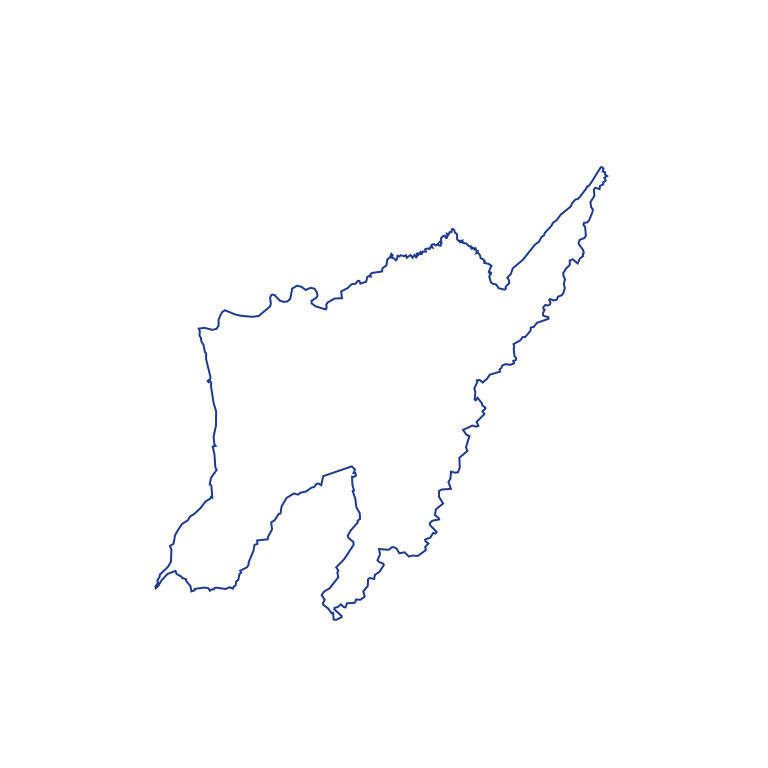 Na Yai Am, Chanthaburi, Thailand (Mercator projection), rotated 52°
{"feature_id": "78962969B31255089270993", "entity_name": "Na Yai Am", "entity_type": "district", "adm_level": 2, "iso_a3": "THA", "parent_name": "Thailand", "parent_adm1": "Chanthaburi", "projection": "mercator", "projection_center": [101.878, 12.754], "detail": "fine", "context": "isolated", "style": "outline", "palette": "blue", "viewbox_px": 768, "rotation_deg": 52, "n_neighbors": 0, "source": "geoboundaries", "source_scale": "gbopen_adm2", "svg_char_len": 6149}
<svg xmlns="http://www.w3.org/2000/svg" viewBox="0 0 768 768"><g transform="rotate(52 384 384)"><path d="M305.6,233.8L303.8,234.9L305.9,237.5L304.7,238.8L306.0,241.2L304.4,241.9L306.5,242.9L307.5,244.6L306.8,245.4L304.5,244.7L303.8,246.3L304.3,249.4L306.3,250.6L306.4,252.6L308.2,251.8L309.8,254.4L308.3,255.5L306.8,255.0L306.7,257.9L304.7,258.4L303.7,260.1L303.9,261.3L306.3,261.8L304.7,262.9L305.6,265.1L304.1,266.1L303.2,268.6L305.5,269.4L303.6,271.7L304.8,274.4L304.3,274.9L303.7,273.6L302.4,273.7L303.5,277.3L303.0,277.7L302.2,276.6L301.5,277.5L301.7,278.4L303.7,279.3L304.0,280.7L301.1,280.7L302.1,283.7L298.7,283.6L298.5,288.3L296.0,287.5L295.6,289.5L292.8,291.6L292.9,293.4L291.3,294.4L293.7,297.0L293.7,298.6L291.0,298.8L288.9,300.4L288.0,298.0L286.0,298.1L287.8,301.2L287.9,304.7L292.0,309.1L291.9,314.0L294.1,316.3L289.1,325.1L289.2,327.4L291.2,328.3L289.6,329.7L289.4,331.2L292.4,335.1L290.4,340.8L287.6,340.0L286.6,341.1L287.4,344.8L285.4,348.2L286.0,353.6L284.7,360.8L290.5,364.3L286.2,370.3L285.1,378.5L286.0,380.7L288.7,382.4L289.4,384.0L280.6,390.1L275.9,391.4L273.8,389.8L274.4,384.6L273.6,382.1L270.1,380.4L266.1,380.1L263.0,382.6L261.7,387.8L256.6,389.2L253.0,392.0L252.3,397.6L259.2,405.5L259.4,409.6L257.5,412.5L254.4,414.7L246.5,415.5L244.9,416.7L244.6,418.2L246.0,420.8L250.7,423.4L252.7,425.8L253.3,440.9L249.8,446.6L242.2,454.7L237.5,458.5L228.0,463.9L227.7,467.2L229.4,471.2L231.7,475.0L236.2,478.4L237.4,481.9L235.8,485.8L229.1,491.0L226.3,495.9L229.1,496.7L232.3,499.6L234.9,499.9L238.3,501.8L241.9,502.1L248.8,505.5L250.6,505.4L254.7,508.8L271.5,516.4L273.1,517.7L273.0,521.0L274.6,521.2L274.9,519.3L276.8,519.4L278.9,521.5L294.1,530.0L302.2,533.1L313.4,542.1L320.8,550.9L327.2,554.8L329.1,554.8L327.8,557.5L335.0,560.9L345.8,568.2L348.7,568.8L351.4,578.0L355.7,583.1L357.7,582.6L367.8,589.2L366.4,589.8L367.4,591.3L366.7,597.0L368.8,605.0L369.6,614.0L369.0,618.1L370.6,622.5L370.0,629.3L372.0,635.5L374.5,641.7L380.3,648.2L379.8,652.4L383.6,653.5L392.8,661.2L395.1,666.8L396.2,678.0L397.7,679.4L399.3,683.6L401.5,684.3L402.9,688.9L404.4,689.6L404.2,686.4L401.7,679.9L400.4,671.6L402.9,663.4L406.1,664.4L411.1,662.2L412.7,662.5L415.9,660.2L417.8,661.2L423.9,660.9L428.9,663.4L430.0,660.3L428.9,659.4L433.9,650.8L436.5,648.3L439.8,648.4L439.5,647.0L441.0,644.4L440.4,643.0L441.2,641.6L448.0,635.0L449.1,630.8L452.2,629.1L451.3,627.5L451.4,625.1L448.6,621.9L448.7,619.5L444.9,615.1L444.7,612.6L442.6,612.3L444.1,604.7L443.0,601.9L441.2,600.4L434.9,589.3L431.0,585.1L432.1,582.2L429.2,580.3L434.8,571.2L433.0,569.4L429.6,561.7L423.6,558.1L424.0,553.9L421.6,547.1L422.3,545.2L417.3,540.0L413.8,530.8L414.8,522.4L418.2,519.9L418.3,516.7L420.7,511.7L421.0,505.1L422.2,502.2L421.1,498.9L422.0,497.0L425.1,495.8L419.2,488.7L429.0,460.2L433.6,459.5L435.4,462.8L436.5,461.4L439.0,462.6L438.8,464.6L437.3,466.2L444.1,471.0L449.5,473.2L449.1,474.6L456.8,477.3L464.0,481.6L470.9,482.7L475.6,486.0L475.5,488.8L477.1,490.3L478.8,500.2L481.3,506.1L483.6,506.7L489.6,505.4L492.0,506.9L497.5,523.2L499.1,534.6L503.0,534.9L503.9,536.9L508.1,538.9L511.5,552.5L510.7,558.8L511.9,563.1L517.6,563.6L519.0,566.9L520.7,567.8L526.4,566.2L532.3,566.5L533.0,565.0L538.6,568.7L540.5,566.7L541.7,560.8L540.5,560.2L531.0,561.9L530.0,560.7L531.3,557.7L531.1,553.6L534.7,553.2L536.3,551.9L534.0,548.1L538.0,542.6L538.2,540.7L536.6,538.9L539.5,535.3L539.7,530.1L534.6,528.0L533.3,521.3L528.1,516.8L528.1,514.6L531.6,511.8L528.8,508.7L529.2,502.9L526.5,495.5L525.0,495.3L521.4,497.4L518.9,497.7L515.8,492.0L511.0,489.5L517.6,482.3L517.5,478.3L518.5,476.8L521.4,475.5L526.8,476.1L529.4,471.3L535.2,470.7L536.7,467.2L540.3,463.2L540.7,453.4L537.7,451.8L537.1,447.2L533.4,448.1L531.9,447.3L533.6,442.0L531.6,437.0L533.6,435.6L533.1,433.6L524.0,434.6L521.9,433.8L521.5,430.1L524.7,423.9L523.2,423.4L518.7,424.5L514.7,420.4L514.6,411.0L506.8,410.1L502.2,406.5L502.7,403.5L507.8,395.8L500.9,393.6L499.6,390.1L494.3,385.1L497.7,382.6L499.1,380.0L496.7,375.9L488.5,370.0L488.1,359.5L484.3,358.3L477.6,348.7L474.7,350.3L468.8,350.0L471.1,340.0L474.6,337.3L475.1,335.4L470.9,334.4L469.5,323.4L466.1,323.2L465.8,319.2L465.1,318.7L461.3,319.7L459.6,318.8L452.4,318.7L453.3,321.7L452.0,322.1L446.5,316.9L443.2,315.7L439.7,309.0L438.3,308.6L439.8,306.1L443.6,305.3L443.3,299.6L441.8,294.8L445.7,285.0L443.7,283.9L443.7,281.9L442.2,279.4L443.2,276.0L446.5,272.9L447.8,268.7L445.4,267.9L446.3,265.6L445.2,263.9L442.3,264.0L435.8,259.9L434.6,258.2L432.3,257.4L433.5,249.7L432.4,245.9L433.9,243.7L432.2,235.7L429.9,233.7L431.2,230.7L429.9,225.8L433.9,214.3L432.4,213.3L428.8,216.2L427.5,216.2L425.7,214.6L424.5,211.8L422.8,212.1L421.6,211.2L421.0,208.2L422.8,206.9L423.6,204.5L422.4,202.7L419.6,202.2L419.2,200.9L422.7,198.7L423.9,196.1L422.3,193.1L423.4,189.6L423.1,187.3L419.8,182.5L415.8,180.6L412.9,176.9L408.7,175.8L406.9,174.4L405.1,169.4L404.6,164.3L401.0,161.6L401.8,158.6L408.2,157.2L405.7,152.4L405.8,148.2L404.0,147.5L403.8,145.9L400.9,144.6L393.9,144.4L392.4,143.6L390.9,140.9L392.4,136.1L391.4,133.6L383.9,128.7L381.3,128.9L380.1,127.0L381.8,124.5L381.3,121.7L376.9,113.9L375.0,111.9L372.1,111.9L367.7,109.3L365.3,102.4L359.9,98.8L359.5,96.7L363.1,94.1L360.9,91.8L361.6,88.2L360.0,87.2L360.3,84.1L357.1,83.4L357.5,80.1L355.1,80.9L353.2,79.5L351.2,80.8L349.3,78.4L347.0,78.9L346.8,80.1L353.3,98.0L354.0,101.1L353.3,102.7L354.3,103.8L357.1,114.2L357.5,117.4L356.5,119.5L357.3,124.5L359.1,127.6L359.3,140.3L361.1,146.7L361.1,151.8L362.5,154.9L363.9,164.2L365.4,166.6L365.1,169.3L367.3,174.4L367.1,179.2L371.6,198.0L372.1,211.3L375.4,216.3L376.1,221.2L379.5,221.8L381.7,223.2L382.2,228.2L383.9,229.3L383.9,230.9L379.2,234.6L374.4,234.4L372.4,236.4L369.8,237.2L364.1,234.9L363.3,233.0L362.3,232.8L363.0,232.1L362.2,231.1L360.1,232.3L356.9,226.5L353.6,227.7L350.3,230.4L349.3,229.0L348.4,229.5L347.4,228.9L344.2,230.4L341.9,229.1L338.2,229.1L337.7,230.5L337.0,228.4L336.2,229.3L333.4,228.3L333.4,230.0L332.2,229.6L331.9,230.6L330.5,230.6L330.8,231.6L329.0,230.8L327.9,232.2L323.9,232.7L321.9,234.6L320.0,234.4L320.5,235.2L319.4,236.4L319.0,234.4L317.2,237.1L315.0,237.3L311.0,234.2L308.4,234.9L305.6,233.8Z" fill="none" stroke="#1e3a8a" stroke-width="2"/></g></svg>